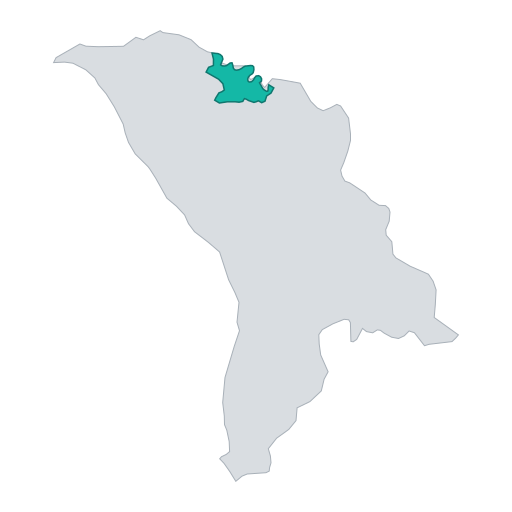 Soroca on a map of Moldova (Equal Earth projection)
{"feature_id": "MDA-1653", "entity_name": "Soroca", "entity_type": "District", "adm_level": 1, "iso_a3": "MDA", "parent_name": "Moldova", "parent_adm1": "", "projection": "equal_earth", "projection_center": [28.265, 48.155], "detail": "fine", "context": "in_parent", "style": "filled", "palette": "teal", "viewbox_px": 512, "rotation_deg": 0, "n_neighbors": 0, "source": "natural_earth", "source_scale": "10m", "svg_char_len": 2781}
<svg xmlns="http://www.w3.org/2000/svg" viewBox="0 0 512 512"><path d="M53.6,62.6L56.1,57.6L79.9,44.0L86.0,46.2L98.3,46.7L123.5,46.3L135.9,37.3L143.5,39.8L149.8,35.8L160.2,30.7L161.7,31.8L163.0,32.6L179.0,34.8L191.1,39.7L199.1,47.2L207.4,51.8L216.0,53.6L220.8,57.4L221.7,63.0L229.8,65.8L244.9,65.8L251.3,69.5L249.0,77.1L250.6,79.6L255.9,77.0L260.0,79.2L262.2,84.8L264.6,87.5L272.3,78.7L280.5,79.6L300.2,83.2L310.8,101.4L317.4,108.0L323.1,110.7L330.4,107.8L336.8,104.4L340.6,106.0L348.6,118.1L350.5,133.9L350.5,140.4L347.8,151.1L343.8,162.6L340.6,170.1L342.0,176.1L344.9,181.1L349.6,182.8L365.0,193.0L370.8,200.0L379.1,205.3L385.5,205.6L388.8,208.5L390.0,212.1L389.2,221.2L385.7,229.7L386.2,235.2L391.8,241.7L392.5,249.2L392.9,254.1L395.9,257.9L410.1,266.2L428.4,274.2L433.1,281.2L436.1,289.9L435.3,304.7L434.2,317.5L458.4,334.9L455.7,338.1L452.0,341.6L429.1,344.3L424.5,345.7L414.4,332.7L409.1,331.0L404.3,335.8L398.5,338.5L391.6,337.2L384.1,333.1L380.4,330.3L377.3,329.9L372.7,332.8L366.5,331.6L362.5,328.4L356.7,339.4L353.2,341.8L350.9,341.4L350.4,322.6L348.7,319.8L344.1,319.3L332.9,323.8L322.3,329.6L318.8,334.7L319.2,344.0L320.7,355.0L328.1,371.8L324.1,379.2L321.3,390.9L309.9,401.6L297.1,407.8L296.0,420.6L288.8,429.4L276.6,438.2L268.3,448.7L270.4,456.0L271.0,462.8L269.6,467.5L269.2,471.1L266.0,472.7L247.2,474.0L241.9,476.2L235.8,481.3L229.9,471.7L224.0,463.3L219.7,458.8L221.5,456.7L226.3,454.4L229.6,451.6L229.2,441.6L226.8,430.2L224.5,424.6L224.3,416.0L222.7,402.5L225.0,377.5L234.3,346.2L239.5,330.7L237.0,322.2L239.0,302.3L234.9,292.5L228.6,279.7L219.6,252.0L208.3,242.3L194.5,231.7L188.5,223.7L184.6,214.9L176.4,206.2L166.9,198.2L155.7,178.2L149.9,169.1L148.1,166.7L135.2,153.9L128.5,142.4L125.2,132.9L123.2,124.1L114.3,106.8L106.2,93.8L98.4,84.6L94.9,78.0L85.8,69.8L72.9,63.2L64.5,62.1L53.6,62.6Z" fill="#d9dde1" stroke="#a8b0b8" stroke-width="1"/><path d="M212.0,53.0L218.0,53.6L220.3,54.6L222.2,56.4L222.9,59.1L220.6,64.8L222.3,65.9L224.8,66.0L226.6,65.6L230.1,63.0L232.0,62.8L232.8,65.2L233.3,68.0L234.5,69.7L236.4,70.2L239.1,69.7L241.5,68.5L243.3,67.1L245.3,66.1L250.6,65.5L252.5,65.7L253.7,66.9L253.9,69.7L253.2,72.7L251.9,74.1L250.3,75.0L248.5,76.8L247.7,78.9L247.9,80.9L249.2,82.1L251.6,81.7L253.4,80.0L254.6,77.8L256.1,76.0L258.7,75.7L260.5,76.8L261.6,78.8L261.5,81.0L259.5,82.8L262.8,88.6L264.2,89.9L266.5,91.3L267.7,91.2L268.1,89.8L268.2,87.3L268.8,84.8L273.8,87.9L271.0,93.1L266.7,95.9L265.0,101.2L261.7,102.7L258.4,100.8L256.1,101.8L253.9,102.4L248.5,100.5L246.5,99.3L244.5,98.6L243.6,99.9L242.8,101.4L239.1,102.2L235.3,101.8L227.3,101.8L219.4,103.0L214.7,100.2L215.9,97.7L218.9,92.9L221.9,91.7L224.3,90.0L222.9,83.7L218.6,79.2L206.1,72.1L208.6,67.3L213.4,65.5L213.5,59.2L212.0,53.1L212.0,53.0Z" fill="#14b8a6" stroke="#0f766e" stroke-width="1.5"/></svg>